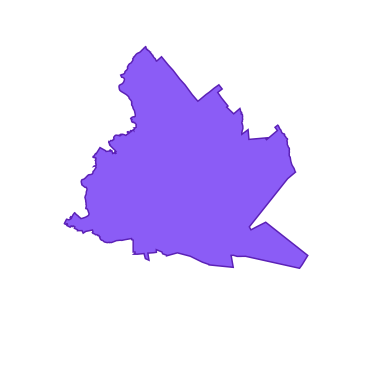 outline of Hobart, Tasmania, Australia, rotated 220°
{"feature_id": "25037944B41007206704884", "entity_name": "Hobart", "entity_type": "district", "adm_level": 2, "iso_a3": "AUS", "parent_name": "Australia", "parent_adm1": "Tasmania", "projection": "orthographic", "projection_center": [147.328, -42.894], "detail": "fine", "context": "isolated", "style": "filled", "palette": "violet", "viewbox_px": 384, "rotation_deg": 220, "n_neighbors": 0, "source": "geoboundaries", "source_scale": "gbopen_adm2", "svg_char_len": 6019}
<svg xmlns="http://www.w3.org/2000/svg" viewBox="0 0 384 384"><g transform="rotate(220 192 192)"><path d="M62.5,217.8L116.1,216.2L120.1,206.9L122.5,200.9L125.7,202.1L127.3,263.7L125.5,273.8L126.3,274.0L128.0,275.1L129.1,275.7L132.1,276.7L133.4,277.3L136.1,279.1L139.2,281.8L140.7,282.2L142.5,284.2L143.0,285.2L143.8,285.8L144.9,287.4L145.7,288.1L147.0,288.3L148.1,289.0L149.4,289.5L151.2,291.6L152.2,292.1L152.8,293.9L153.2,294.1L154.6,294.0L156.1,294.6L157.4,294.7L157.8,295.0L158.0,295.6L158.5,295.8L160.1,295.2L161.4,295.2L163.8,296.6L165.3,296.8L168.5,298.3L169.3,298.3L170.0,294.9L166.1,294.0L168.5,280.0L169.5,280.2L169.5,281.6L182.2,268.9L189.1,275.8L190.9,268.2L191.9,269.3L192.8,271.0L193.7,273.2L195.4,275.1L196.3,275.8L196.9,276.1L197.2,276.5L198.2,276.8L198.7,277.7L198.8,278.5L199.6,279.4L199.9,280.3L201.0,281.2L201.7,282.3L203.4,283.9L204.3,283.4L204.5,283.4L204.8,283.8L205.0,284.7L205.2,284.9L206.6,284.9L207.7,286.0L209.0,286.8L210.3,278.7L220.0,279.3L219.7,281.0L230.2,283.1L236.3,284.8L235.4,288.8L235.1,290.3L240.3,291.4L241.8,285.7L242.9,279.6L243.9,275.8L245.5,266.8L245.9,265.3L254.4,266.7L266.3,269.6L273.7,270.6L284.9,273.1L291.7,274.0L302.3,276.0L303.2,269.6L303.6,269.4L305.9,270.5L307.8,270.5L308.6,270.9L309.8,271.1L309.9,271.5L310.4,271.4L311.3,271.5L311.8,271.8L313.0,271.8L313.7,272.5L314.3,272.1L315.7,272.5L317.2,272.1L317.7,272.6L318.0,272.2L318.6,272.1L319.0,272.2L320.5,273.5L321.0,273.5L321.1,273.0L321.0,272.2L321.4,271.0L321.3,269.8L321.6,268.1L321.6,266.6L322.0,265.0L322.7,263.8L322.7,263.6L323.1,262.7L323.3,261.5L323.2,258.3L323.4,257.9L323.2,257.8L323.0,255.9L322.4,255.5L322.0,255.0L321.8,253.7L321.7,251.5L322.3,250.0L322.3,248.7L321.8,246.2L320.8,245.5L320.6,244.8L320.4,243.4L320.7,242.1L320.7,241.1L320.0,239.9L320.0,239.2L320.3,238.3L320.9,237.1L321.2,236.9L321.8,235.7L319.7,234.7L319.0,235.2L317.5,235.5L316.7,235.3L316.0,234.7L315.2,232.9L315.0,231.8L315.0,230.2L316.2,227.2L316.0,226.3L315.5,225.6L313.5,223.9L312.5,223.5L310.9,223.5L305.1,224.4L303.1,224.4L301.3,224.1L300.2,223.3L297.8,223.0L296.2,222.4L295.9,221.8L295.2,221.4L295.0,221.1L295.0,220.8L294.7,220.6L294.3,220.0L293.9,219.8L292.5,219.4L290.7,218.1L288.4,217.3L285.4,215.0L284.2,213.6L284.3,212.7L284.7,212.4L284.8,212.4L285.5,211.6L286.1,210.3L285.9,209.7L286.3,209.1L286.1,208.7L285.6,208.7L285.0,209.0L284.6,208.9L284.6,208.3L284.2,207.7L282.9,207.1L281.9,207.4L282.0,207.8L281.7,207.9L281.3,207.8L280.6,208.3L280.4,208.1L278.2,207.9L277.8,207.6L277.6,206.9L277.3,206.8L276.4,205.7L276.7,205.2L276.6,204.9L277.4,204.0L276.9,204.0L276.9,203.8L277.0,203.6L276.8,203.4L276.8,203.0L276.6,203.0L276.1,202.5L276.7,202.7L277.0,202.0L276.4,201.6L276.7,201.6L277.1,201.1L277.6,199.7L277.4,199.3L277.5,199.1L277.9,199.0L278.2,199.5L278.2,199.8L278.4,199.7L278.4,198.5L278.0,198.3L277.9,197.0L278.1,196.7L278.4,196.7L279.7,197.2L279.9,197.0L280.1,196.7L280.1,196.4L279.8,196.2L278.6,195.9L278.4,195.8L278.4,195.2L279.1,193.6L278.9,193.0L279.2,192.7L280.9,192.3L281.6,192.0L281.8,191.6L282.4,191.5L282.7,190.9L282.9,191.0L283.0,190.4L283.0,190.0L283.5,190.2L283.9,190.1L283.9,189.8L283.3,189.0L283.7,188.5L284.2,188.8L284.4,188.6L284.7,188.2L284.8,187.9L286.2,187.2L287.1,186.2L287.2,185.4L287.2,183.9L286.9,183.3L285.9,182.5L285.7,181.9L286.1,181.6L286.0,180.9L286.1,180.1L286.4,179.8L287.3,179.3L287.5,177.2L287.4,176.6L287.8,176.7L287.6,176.4L285.4,175.6L285.5,175.2L285.0,175.0L277.2,174.4L277.1,174.0L276.2,174.0L276.3,173.7L277.0,173.7L277.0,173.4L276.3,173.3L276.2,173.1L275.2,172.7L275.5,172.2L276.6,172.5L276.8,172.1L276.5,172.0L277.5,170.5L280.0,172.1L280.7,171.1L281.5,171.8L281.8,171.4L281.5,170.4L283.9,167.8L284.7,168.1L291.0,166.9L290.0,159.6L290.6,159.4L290.1,155.9L290.5,155.8L290.4,155.2L290.0,155.0L288.6,155.7L288.7,155.8L288.3,156.1L287.3,156.2L287.2,155.8L286.7,155.3L286.5,154.3L286.2,154.5L285.8,154.0L285.9,153.9L284.9,153.1L284.3,152.0L283.8,152.0L283.2,151.2L282.8,151.2L282.6,150.8L282.6,150.4L283.7,148.9L283.7,148.6L282.9,149.7L281.8,149.5L281.7,149.3L281.3,149.2L281.1,148.8L281.2,148.2L280.8,145.4L281.0,144.3L280.8,144.0L280.8,143.7L280.3,143.2L280.0,142.2L280.0,141.8L280.6,140.5L282.1,138.9L282.4,138.4L282.4,137.5L282.6,137.2L282.5,136.3L282.7,135.5L282.6,134.3L282.8,134.0L283.1,132.3L284.2,130.7L284.1,129.9L283.6,128.8L282.2,127.6L281.7,127.5L281.1,126.7L277.1,126.8L276.7,126.9L276.3,127.5L276.0,127.6L274.5,126.9L273.9,126.2L273.0,124.0L272.3,123.2L271.5,121.9L271.4,121.0L270.6,119.1L268.1,117.3L267.5,116.6L265.9,115.3L265.2,114.3L264.5,114.0L263.5,112.6L263.1,111.6L262.9,111.2L262.5,111.1L262.1,111.4L261.4,111.6L259.6,110.9L259.0,110.4L256.9,109.2L256.5,108.4L256.3,107.6L256.5,106.5L257.4,104.2L259.0,101.5L260.0,100.2L262.3,100.4L262.8,100.2L263.9,100.5L266.4,100.4L268.1,100.7L268.6,100.6L268.5,98.1L267.9,95.6L269.0,95.2L268.8,93.9L267.5,94.1L267.5,93.7L267.7,92.9L268.4,91.7L268.8,91.3L270.4,90.7L270.6,90.5L269.5,85.8L269.3,85.7L267.5,86.2L267.4,86.4L267.6,87.2L267.2,87.5L266.7,87.3L266.4,86.0L266.3,85.9L262.8,86.7L262.5,87.1L262.8,88.3L261.2,88.8L261.3,89.5L260.8,89.8L259.3,90.0L259.1,89.1L258.8,88.6L255.4,89.5L255.2,89.4L255.0,88.8L254.9,88.7L251.5,91.7L248.9,90.5L248.0,93.6L243.8,98.9L242.4,97.9L242.1,97.3L242.2,96.8L241.8,96.7L241.1,96.7L239.6,97.3L238.6,97.2L238.0,97.5L237.5,98.2L237.1,98.3L236.1,98.1L235.8,98.3L235.7,98.7L235.3,98.8L234.3,98.3L233.6,98.4L233.6,98.0L233.3,97.6L232.7,97.6L231.9,97.0L230.8,96.9L230.4,96.9L229.1,97.5L227.1,97.4L224.8,98.5L224.2,98.9L223.7,99.6L222.7,100.2L222.8,100.4L221.3,101.4L219.8,104.0L218.7,106.1L216.1,108.8L214.6,109.9L212.6,112.5L208.4,117.5L208.0,117.3L207.6,116.7L206.1,117.3L204.7,115.6L198.5,108.2L197.1,109.4L196.3,108.5L196.6,107.0L193.8,109.3L189.2,114.0L184.9,111.0L181.1,112.1L186.5,116.8L182.4,120.8L180.5,122.9L182.3,124.9L176.5,126.7L174.8,125.8L170.7,127.3L170.4,126.8L164.1,136.0L152.0,141.7L139.0,144.9L132.4,147.4L132.1,147.1L112.0,160.8L121.3,168.6L119.5,170.2L116.0,171.7L109.6,177.2L60.6,202.7L60.9,207.1L62.5,217.8Z" fill="#8b5cf6" stroke="#5b21b6" stroke-width="1.5"/></g></svg>